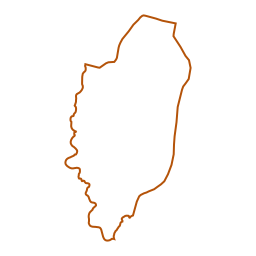 outline of Cidade Da Matola, Maputo, Mozambique
{"feature_id": "85939544B308430160587", "entity_name": "Cidade Da Matola", "entity_type": "district", "adm_level": 2, "iso_a3": "MOZ", "parent_name": "Mozambique", "parent_adm1": "Maputo", "projection": "mercator", "projection_center": [32.447, -25.844], "detail": "fine", "context": "isolated", "style": "outline", "palette": "amber", "viewbox_px": 256, "rotation_deg": 0, "n_neighbors": 0, "source": "geoboundaries", "source_scale": "gbopen_adm2", "svg_char_len": 4568}
<svg xmlns="http://www.w3.org/2000/svg" viewBox="0 0 256 256"><path d="M114.2,239.0L114.0,238.4L113.7,236.9L113.8,235.6L113.9,235.3L114.1,234.9L114.2,234.1L114.3,233.5L114.6,232.8L115.2,231.8L115.5,231.1L116.1,230.6L116.8,229.9L117.3,229.0L117.6,228.4L118.1,227.9L118.2,227.7L118.5,227.1L119.0,226.5L119.5,226.2L119.7,225.8L119.9,225.5L120.1,224.7L120.3,223.9L120.5,223.0L121.0,222.3L121.6,221.9L121.9,221.8L122.0,221.7L122.4,221.6L122.5,220.9L122.3,220.5L122.1,220.1L121.9,219.6L121.8,219.2L121.8,218.6L122.2,218.0L122.8,217.4L123.5,217.0L124.2,216.6L124.8,216.2L125.3,215.9L126.0,215.8L126.5,215.7L127.1,215.7L127.5,215.8L128.0,215.7L128.4,215.8L128.8,216.0L129.0,216.5L129.2,217.0L129.2,217.4L129.5,217.7L129.8,217.7L130.2,217.2L130.5,216.8L131.0,216.4L131.4,216.1L132.0,215.9L132.4,215.6L132.8,215.4L133.0,215.4L136.8,201.6L139.2,196.3L140.8,194.9L144.0,193.3L146.5,192.5L148.7,191.4L154.2,189.2L157.2,187.0L160.9,184.4L164.3,181.3L168.0,174.2L171.5,164.9L173.7,154.3L174.0,144.6L174.6,136.3L176.5,122.2L177.7,107.0L178.7,103.0L182.0,89.8L183.2,86.5L185.5,83.5L188.7,79.0L190.6,67.9L189.0,60.2L185.5,55.9L180.5,46.9L173.5,36.2L173.7,33.9L175.7,23.4L162.3,20.7L156.0,18.6L145.7,15.8L143.7,15.4L142.3,15.8L140.3,17.4L138.2,20.0L133.4,24.7L128.7,31.3L122.4,39.0L120.4,42.7L119.2,45.5L118.6,47.7L116.9,57.8L116.1,59.5L114.3,61.9L108.4,62.3L106.0,63.3L99.7,67.7L98.1,67.5L85.4,64.2L85.3,65.1L85.1,65.7L85.2,66.5L85.5,67.1L85.7,67.9L85.7,69.5L85.6,70.2L85.3,70.9L84.6,71.7L83.7,72.4L83.5,72.8L82.9,73.5L82.7,74.0L82.5,75.4L82.3,76.2L82.2,78.0L82.2,78.6L82.1,82.3L82.1,83.5L82.1,84.0L82.2,84.5L82.5,85.2L82.8,86.0L82.8,86.9L82.8,87.7L82.5,88.5L82.2,89.1L81.9,89.8L81.3,90.6L81.1,90.9L80.5,91.6L80.0,92.1L79.5,92.6L78.7,93.0L78.0,93.4L77.4,93.8L76.8,94.1L76.6,94.4L76.2,95.0L76.1,95.3L76.0,96.2L76.1,97.4L76.2,98.5L76.0,100.3L76.0,101.4L75.9,102.1L75.6,103.2L75.3,103.9L75.2,104.5L74.9,105.1L74.7,105.6L75.1,106.2L75.5,106.6L75.8,107.1L76.0,107.8L76.1,109.0L76.0,109.9L75.9,110.9L75.6,112.0L75.0,112.9L74.6,113.2L74.0,114.0L73.7,114.6L73.7,115.3L73.5,115.9L73.1,116.1L72.6,116.2L72.1,116.2L71.6,116.5L71.4,116.7L71.0,117.2L70.7,117.8L70.5,118.9L70.5,119.5L70.5,120.1L70.6,120.7L70.8,121.1L71.1,121.6L71.3,121.7L71.3,122.0L71.4,122.8L71.3,123.7L71.2,125.6L71.2,126.4L71.4,127.2L71.6,127.9L72.0,128.6L72.3,129.1L73.0,129.9L73.8,130.3L74.2,130.8L74.9,131.1L75.7,131.3L75.9,131.7L75.5,132.0L74.9,132.1L74.4,132.4L74.3,132.9L74.2,133.8L74.3,134.4L74.7,134.9L74.7,135.5L74.5,135.9L74.1,136.3L73.5,136.5L73.1,137.1L72.3,137.9L71.8,138.8L71.4,139.4L71.1,140.2L70.9,140.9L70.7,141.7L70.7,142.3L70.8,143.4L71.1,144.1L71.7,145.1L72.5,146.1L73.7,146.8L74.7,147.7L75.5,148.4L76.4,149.5L76.8,150.0L77.1,150.5L77.1,150.8L77.2,151.3L77.0,152.3L76.8,153.0L76.5,153.5L76.1,154.2L76.0,154.4L75.7,154.5L75.4,154.6L75.0,154.6L74.9,154.6L74.6,154.6L74.3,155.1L73.9,155.6L73.1,156.0L72.2,156.4L71.4,156.7L70.4,157.3L69.4,157.6L68.6,158.0L68.1,158.2L68.0,158.3L67.5,158.6L67.0,159.0L66.2,159.9L65.7,161.0L65.5,161.8L65.4,162.6L65.5,163.5L65.7,164.2L66.4,165.2L67.4,166.2L68.3,166.8L69.5,167.6L70.4,168.0L71.8,168.4L73.1,168.4L74.7,168.1L75.6,168.0L76.6,167.8L77.8,167.9L78.8,168.2L79.4,168.6L79.8,169.2L79.9,170.0L79.9,170.7L79.9,171.9L79.7,172.5L79.6,172.9L78.9,173.9L78.8,174.4L78.8,175.3L78.6,176.0L78.5,176.8L78.7,177.4L78.7,177.5L78.7,177.8L78.8,178.0L79.0,178.4L79.2,178.6L79.5,178.6L80.0,178.6L80.4,178.6L80.7,178.6L81.0,178.8L81.3,179.2L81.4,179.4L81.5,179.6L81.6,180.0L81.6,180.4L81.7,180.7L81.8,180.9L82.0,181.1L82.3,181.1L82.8,180.9L83.4,180.7L83.8,180.8L84.2,180.9L84.5,181.2L84.6,181.6L84.8,182.0L85.2,182.4L85.7,183.0L86.4,183.2L87.3,183.2L88.2,183.4L88.9,183.7L89.4,184.3L89.5,184.9L89.4,185.6L89.2,186.3L88.9,186.9L88.7,187.1L88.1,187.3L87.5,187.8L87.2,188.5L87.0,189.2L87.0,189.6L86.6,191.0L86.1,192.0L85.7,193.0L85.7,193.8L86.0,194.5L86.8,195.2L87.6,195.6L88.2,196.3L88.5,196.7L88.9,197.8L89.1,198.5L89.8,200.2L90.2,201.1L91.1,202.1L92.2,202.5L93.2,202.6L94.5,202.9L95.5,203.6L95.9,204.4L96.0,205.4L95.4,206.2L94.3,207.1L93.0,208.4L92.6,209.4L92.6,209.6L89.8,212.4L89.2,213.6L88.8,215.1L88.7,216.2L88.7,217.1L88.9,218.3L89.0,219.4L89.0,219.8L89.0,220.5L89.0,221.3L88.8,222.3L88.8,223.1L89.0,223.8L89.3,224.4L89.6,225.0L89.8,225.3L90.1,225.7L91.1,226.3L92.5,226.7L94.0,226.8L95.6,226.9L97.2,227.1L98.8,227.3L100.0,227.8L100.6,228.5L101.2,229.6L103.1,236.7L103.8,238.3L104.3,239.1L105.0,239.8L105.8,240.3L107.1,240.6L108.4,240.5L109.7,240.2L110.8,239.6L111.2,239.3L111.5,239.1L111.7,238.9L112.0,238.9L113.9,238.9L114.2,239.0Z" fill="none" stroke="#b45309" stroke-width="2"/></svg>